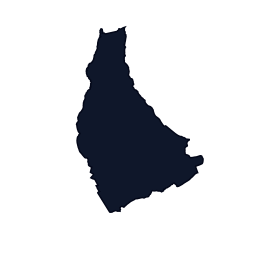 Zipacón, Cundinamarca, Colombia (orthographic projection), rotated 128°
{"feature_id": "7082276B87825426201074", "entity_name": "Zipacón", "entity_type": "district", "adm_level": 2, "iso_a3": "COL", "parent_name": "Colombia", "parent_adm1": "Cundinamarca", "projection": "orthographic", "projection_center": [-74.398, 4.753], "detail": "fine", "context": "isolated", "style": "filled", "palette": "ink", "viewbox_px": 256, "rotation_deg": 128, "n_neighbors": 0, "source": "geoboundaries", "source_scale": "gbopen_adm2", "svg_char_len": 5755}
<svg xmlns="http://www.w3.org/2000/svg" viewBox="0 0 256 256"><g transform="rotate(128 128 128)"><path d="M114.1,186.4L114.6,185.0L115.0,184.8L116.0,184.7L116.4,184.4L116.6,184.1L117.6,183.5L118.3,183.3L118.5,182.6L119.8,182.7L120.0,182.1L120.5,181.8L121.1,181.9L121.9,182.3L123.2,182.6L123.7,182.6L125.0,182.2L125.5,182.2L126.3,182.4L127.2,181.8L128.6,181.8L129.2,181.6L129.6,181.3L130.5,180.3L131.3,179.9L131.4,179.7L131.7,179.5L132.4,179.5L133.0,179.3L134.0,179.3L134.6,178.8L135.0,178.6L135.5,178.6L137.3,177.3L138.0,176.9L138.8,176.1L140.4,175.4L140.9,175.3L143.4,175.0L144.3,175.0L145.2,175.2L146.3,175.2L150.6,174.0L151.0,173.5L151.7,173.0L152.7,171.6L153.2,171.2L153.8,171.2L154.4,171.3L155.0,171.3L156.3,171.0L156.9,170.7L157.1,170.2L158.8,168.5L160.4,166.5L160.6,165.9L161.0,165.5L161.5,164.5L161.7,163.0L161.9,162.5L162.2,162.4L162.5,162.4L163.2,162.6L165.0,162.0L165.6,162.2L166.3,162.1L167.3,161.6L169.3,160.4L170.9,158.9L173.8,155.3L174.9,153.5L175.6,152.5L176.2,151.5L176.5,150.5L176.7,149.0L177.2,147.1L177.8,144.1L177.8,143.5L177.7,143.1L177.4,142.7L177.0,142.5L176.9,141.9L176.9,141.1L177.2,140.3L177.6,139.7L178.1,139.4L178.5,139.3L179.0,139.0L179.6,138.3L179.9,137.4L180.7,137.0L181.0,136.6L181.4,136.3L181.6,135.9L181.7,135.0L181.5,134.5L181.5,133.6L181.2,132.5L186.0,130.4L185.7,127.6L185.8,126.7L186.0,126.4L186.8,126.4L189.1,126.6L190.1,126.6L189.7,124.6L188.8,122.5L189.1,122.0L191.6,116.3L193.1,117.5L193.5,116.5L194.0,115.4L194.3,115.2L195.6,111.9L195.6,111.4L196.3,111.8L197.3,112.0L197.7,111.9L205.5,90.7L205.3,90.2L204.1,88.8L203.0,88.5L202.4,87.9L201.4,87.6L201.0,87.2L200.5,86.4L199.9,84.9L198.8,83.7L198.5,83.0L198.2,83.1L197.7,83.8L197.3,84.1L196.9,83.9L196.8,84.1L195.8,85.4L195.3,85.2L194.2,85.2L193.7,84.9L193.4,84.4L193.1,83.6L193.1,82.9L192.8,82.5L192.5,82.4L191.7,82.4L190.3,82.1L189.2,82.0L184.2,80.7L180.3,78.9L179.2,78.6L178.7,78.2L178.2,77.4L174.0,74.0L173.5,72.8L173.0,72.1L171.9,71.7L171.2,71.3L169.8,69.9L169.1,69.7L167.2,70.0L166.3,69.7L165.7,69.8L165.3,70.0L164.4,70.1L163.5,70.5L163.3,70.5L162.5,70.3L162.1,69.8L161.7,69.1L161.3,68.5L159.5,66.7L159.3,65.9L159.0,65.3L158.4,64.6L157.7,63.4L157.7,62.5L157.6,62.2L156.7,61.9L156.0,61.5L155.6,61.4L155.2,61.5L155.0,61.8L154.6,62.1L154.1,62.1L153.7,61.5L153.6,61.3L152.1,61.3L151.2,60.5L150.8,60.4L147.9,59.3L147.3,59.3L146.4,59.2L146.1,59.1L145.0,58.4L144.0,58.4L143.5,58.2L143.0,57.7L142.9,57.4L143.1,56.4L142.9,55.1L143.1,54.7L143.6,54.2L143.8,53.7L143.8,53.3L143.7,53.1L143.1,53.0L143.1,52.6L142.6,52.2L139.1,50.7L137.3,50.2L131.2,48.0L130.5,47.8L129.4,47.8L128.5,47.6L128.1,47.6L127.1,47.3L122.9,46.9L120.9,46.1L120.3,45.6L117.5,50.1L116.9,50.7L116.7,51.1L116.1,51.0L113.0,49.0L110.7,47.8L110.1,47.7L108.8,48.1L107.0,49.2L106.1,49.9L105.8,50.5L105.6,51.2L105.2,51.8L104.8,52.7L105.0,53.4L105.3,53.9L106.1,54.5L107.9,55.7L108.6,56.2L110.1,57.7L111.6,59.0L113.0,60.6L113.1,61.2L112.5,62.4L112.4,63.2L112.7,64.6L113.2,65.4L113.3,66.6L113.0,67.5L112.2,68.0L111.7,68.7L110.8,69.2L109.8,70.1L108.7,70.9L107.4,71.0L107.0,70.8L106.4,70.4L105.9,70.3L105.4,70.4L105.1,70.7L104.6,71.5L103.7,72.4L103.5,72.6L101.8,72.9L101.3,72.9L100.1,72.4L99.7,72.4L99.3,72.7L99.4,73.0L99.9,73.6L101.1,75.7L100.9,76.6L101.1,77.9L101.5,78.4L101.8,80.6L102.6,81.7L103.2,84.2L103.4,87.3L103.3,92.2L103.3,93.5L103.1,98.9L103.2,99.7L104.1,100.3L104.3,100.6L104.4,101.1L104.0,102.9L103.1,105.6L102.8,106.5L102.1,107.9L101.8,109.0L101.7,109.9L101.8,113.0L101.7,113.9L101.0,115.8L99.6,117.9L98.2,119.6L98.0,120.4L97.5,121.5L97.4,123.4L97.6,124.0L97.8,124.7L98.1,125.3L98.2,126.1L98.0,128.0L97.4,130.1L97.1,130.6L95.8,131.7L95.8,132.5L96.1,133.3L95.6,134.3L95.7,136.6L95.2,137.9L94.8,140.3L94.5,141.0L94.3,141.6L93.4,142.6L93.2,144.7L93.3,145.2L93.7,146.2L93.7,146.8L92.9,148.5L92.5,150.2L92.2,150.5L91.8,150.7L91.4,150.6L90.5,150.3L90.2,150.4L89.9,150.6L89.4,151.6L88.2,152.7L87.6,153.7L87.3,153.9L86.9,155.0L86.9,155.3L87.4,156.1L87.3,157.1L86.8,158.1L86.8,158.5L86.2,160.1L85.5,160.6L84.6,161.0L82.8,162.0L81.0,164.2L80.2,164.7L79.9,165.4L79.5,166.0L79.0,167.5L78.8,168.3L78.6,170.8L78.4,171.4L77.8,172.0L77.0,172.5L76.5,173.2L76.1,173.5L75.2,174.1L74.4,174.7L74.2,174.8L73.3,174.6L72.7,174.8L72.4,175.0L72.4,175.8L72.2,176.1L70.7,177.0L69.4,178.2L66.8,180.0L66.5,179.7L65.9,180.4L65.7,180.2L65.2,181.6L64.4,182.5L63.9,182.2L63.0,182.8L60.8,183.9L58.9,185.0L58.2,185.3L56.9,186.1L56.5,186.7L56.0,186.9L55.9,187.1L56.3,187.7L56.2,188.0L54.9,188.8L54.0,189.7L53.9,190.2L53.6,190.9L52.3,191.8L52.0,192.0L52.0,192.4L50.5,192.5L52.0,193.5L52.7,193.8L53.3,194.0L54.6,194.7L55.0,195.3L55.1,195.8L55.4,196.2L56.2,195.9L57.2,195.8L57.8,196.1L58.4,196.0L58.9,196.3L61.4,198.4L67.6,203.5L67.8,203.8L67.8,204.1L68.0,205.0L67.9,205.2L68.5,206.4L68.8,206.5L67.6,207.4L66.7,208.6L66.3,208.9L66.2,209.1L66.1,209.4L66.3,210.0L66.5,210.3L67.5,210.1L68.5,210.0L69.2,209.2L69.6,209.1L70.0,208.8L70.0,208.4L70.2,207.9L71.0,207.8L71.6,207.2L72.3,207.1L72.5,206.8L72.6,206.0L72.8,205.7L73.5,206.0L73.7,206.3L73.9,206.3L74.0,205.9L74.7,205.9L76.4,205.7L79.2,204.4L80.9,203.3L81.1,203.0L81.3,202.9L81.7,202.8L82.7,202.5L83.1,202.2L83.8,201.3L84.5,201.0L84.5,200.9L85.1,200.8L86.3,200.4L88.4,200.1L89.5,199.3L90.8,199.5L91.4,199.3L91.6,199.3L91.9,199.0L92.9,198.4L95.2,197.3L96.6,197.0L97.3,196.9L98.4,197.0L98.7,196.8L99.8,197.2L100.8,197.9L101.2,198.0L101.4,197.7L101.7,197.6L101.9,197.6L102.6,197.9L102.9,197.8L103.9,197.1L104.0,196.8L104.2,196.7L104.4,196.6L104.9,197.0L105.1,197.0L105.5,196.6L106.0,197.0L106.3,197.1L107.7,196.5L107.8,196.4L107.9,195.9L108.0,195.7L108.7,195.8L108.9,195.9L109.3,195.2L110.1,194.7L110.6,194.2L111.4,192.9L112.3,191.8L112.3,191.6L112.0,191.1L112.1,190.3L112.9,189.5L113.1,189.0L113.2,187.1L113.4,186.8L114.1,186.4Z" fill="#0f172a" stroke="#020617" stroke-width="1.5"/></g></svg>